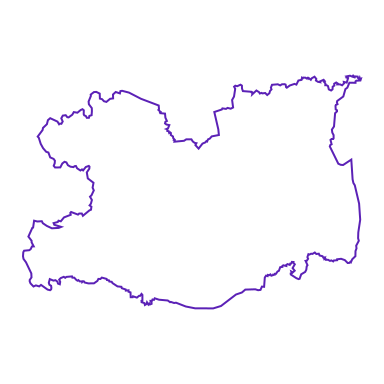 Nong Phai, Phetchabun, Thailand (Albers equal-area conic projection)
{"feature_id": "78962969B28403157938028", "entity_name": "Nong Phai", "entity_type": "district", "adm_level": 2, "iso_a3": "THA", "parent_name": "Thailand", "parent_adm1": "Phetchabun", "projection": "albers", "projection_center": [101.184, 16.029], "detail": "fine", "context": "isolated", "style": "outline", "palette": "violet", "viewbox_px": 384, "rotation_deg": 0, "n_neighbors": 0, "source": "geoboundaries", "source_scale": "gbopen_adm2", "svg_char_len": 5840}
<svg xmlns="http://www.w3.org/2000/svg" viewBox="0 0 384 384"><path d="M350.9,262.3L352.2,259.3L355.4,256.2L355.5,251.1L356.5,248.4L356.2,245.7L358.8,240.8L358.1,238.2L358.3,232.4L360.2,219.7L359.1,203.6L354.8,185.3L353.4,183.0L352.6,179.4L351.3,159.6L343.1,165.0L340.7,164.8L338.3,163.7L329.8,146.4L330.4,144.9L331.6,144.3L330.5,139.9L331.6,139.0L333.2,139.0L333.6,138.3L333.6,135.1L332.3,132.6L331.9,129.6L334.0,126.5L335.1,113.2L337.0,111.4L337.0,110.3L335.7,109.4L335.5,105.9L335.9,104.9L337.5,104.2L336.9,102.2L337.2,101.0L343.3,96.5L345.4,89.1L347.3,87.7L349.4,82.7L355.5,82.8L355.5,81.4L356.3,80.7L360.4,80.5L361.0,78.6L360.0,78.9L359.7,77.9L359.2,79.1L358.0,78.0L357.7,76.6L355.1,76.4L354.7,77.4L353.2,76.9L353.7,76.3L353.1,75.6L352.2,76.6L350.0,75.7L346.5,76.4L347.3,77.1L346.7,77.6L348.1,78.1L346.7,82.6L343.8,81.9L344.0,83.4L342.1,85.3L340.1,84.4L337.3,84.4L337.7,83.5L336.2,82.5L334.2,83.7L334.3,85.6L332.7,86.7L332.5,89.4L331.1,90.5L328.8,89.4L328.0,86.1L326.6,85.2L325.3,85.2L325.4,83.5L324.0,81.8L324.8,81.2L323.6,79.8L319.8,81.5L320.1,82.2L317.9,81.8L315.9,80.5L316.3,78.9L314.5,76.7L311.7,78.3L310.8,79.8L308.8,78.1L308.2,78.7L307.7,77.8L306.5,78.5L305.5,77.7L303.4,77.6L302.8,78.3L302.0,77.7L301.5,79.9L298.4,80.5L296.4,84.6L294.5,83.9L289.8,85.5L286.8,87.7L286.1,87.2L285.6,84.6L284.7,84.2L281.9,84.3L280.2,85.4L277.8,84.3L272.0,84.8L270.9,87.7L271.5,89.4L270.0,91.0L269.4,93.2L267.2,95.0L265.2,93.0L262.4,93.4L261.6,92.9L259.8,93.5L259.1,92.2L256.4,90.5L252.3,94.3L252.5,93.3L251.7,92.6L252.3,92.3L251.6,91.8L242.9,91.1L242.0,88.5L241.9,85.6L240.5,84.7L237.2,86.2L235.3,85.7L234.1,86.7L235.2,88.8L234.0,96.6L232.1,100.0L233.1,107.5L230.7,108.7L227.6,107.9L226.0,108.9L222.4,108.4L221.8,109.5L214.3,112.0L218.3,129.3L218.9,135.0L211.7,136.4L209.7,138.7L208.1,139.3L207.1,141.5L206.4,141.1L205.3,142.4L202.5,143.6L198.6,148.6L195.4,145.1L196.4,143.2L194.7,142.9L192.8,141.5L191.4,139.3L186.3,139.3L184.0,140.8L174.4,141.7L174.8,140.1L173.8,139.9L174.1,139.1L173.2,138.1L173.0,136.5L170.8,135.0L170.9,133.0L170.2,132.4L169.2,133.0L168.7,131.2L167.3,131.0L167.3,129.3L166.5,129.0L168.0,128.4L169.3,125.1L166.4,124.5L165.0,123.4L165.4,121.8L166.9,121.0L165.4,117.7L165.0,113.6L160.6,113.2L160.7,112.2L159.9,112.3L159.8,111.2L158.4,109.9L159.0,109.1L158.7,105.5L141.0,98.8L129.0,92.6L122.1,90.8L120.4,91.1L119.9,93.4L115.7,92.0L113.0,94.5L113.1,98.4L110.1,98.8L106.4,101.9L103.9,101.2L102.1,99.2L99.9,98.6L99.7,93.6L96.3,91.9L93.9,92.1L90.7,94.6L90.9,95.9L88.6,101.5L88.9,104.3L91.8,108.1L91.9,111.1L91.6,115.2L89.4,115.9L88.9,117.8L86.8,117.8L85.9,116.1L84.2,115.3L83.7,114.2L83.8,110.3L82.5,109.2L80.7,110.0L77.4,112.7L73.8,112.1L72.3,114.7L68.6,117.4L67.3,117.2L65.7,115.2L62.8,115.6L61.3,118.3L62.7,121.5L61.4,123.8L60.0,123.6L59.1,124.3L57.5,121.6L50.2,118.2L47.9,120.2L46.9,124.2L43.0,127.9L42.6,130.0L37.7,136.6L38.8,137.8L40.7,143.8L43.1,148.2L46.2,151.8L48.4,152.5L50.2,157.4L53.6,158.9L54.9,160.7L54.7,163.3L53.7,165.8L55.1,167.5L60.3,167.4L62.3,163.5L64.5,161.8L66.4,162.4L67.9,165.2L70.5,166.7L73.5,167.1L74.5,166.2L75.9,166.0L77.1,168.3L80.4,170.5L82.0,169.4L83.1,170.4L85.8,167.0L88.8,165.9L89.5,166.7L89.3,168.7L86.8,172.4L87.8,178.4L93.5,182.8L92.6,187.7L93.8,190.4L91.5,195.3L90.0,196.7L91.9,200.0L90.9,203.7L89.6,205.4L91.4,206.7L91.0,209.7L89.4,210.4L82.9,215.8L81.8,213.5L79.2,213.5L78.0,214.6L71.1,212.0L70.3,212.9L70.7,214.8L64.0,217.4L60.8,221.3L58.5,220.7L57.8,222.0L53.6,223.1L54.3,224.8L61.2,226.9L58.7,227.9L51.9,228.3L46.8,225.9L42.8,223.2L41.8,221.2L37.4,221.5L34.1,220.7L33.1,227.6L32.3,227.9L28.4,236.6L31.6,240.8L31.6,242.3L33.7,246.4L31.9,246.5L30.7,249.1L29.3,250.2L24.1,250.7L23.3,252.2L23.0,256.2L23.5,258.9L26.0,262.3L31.3,273.4L31.5,277.4L29.7,280.0L29.7,281.4L30.5,283.4L33.5,286.5L35.9,285.4L39.2,286.4L41.0,284.9L47.6,289.6L50.1,290.2L51.1,289.4L51.4,287.9L51.1,285.8L49.4,284.7L48.8,282.8L49.8,279.1L53.4,280.6L55.5,280.2L57.4,281.6L58.0,283.6L59.8,284.3L60.2,281.8L59.2,279.6L60.7,278.1L63.8,276.8L65.2,277.8L66.4,276.9L72.0,276.4L72.4,277.7L74.3,277.7L76.4,280.0L77.5,280.7L78.4,280.1L79.7,281.4L82.1,281.4L82.2,282.0L83.0,281.2L84.1,281.5L84.6,282.5L88.4,283.4L94.0,283.3L97.4,280.9L98.4,278.9L100.4,279.0L101.8,277.6L106.6,278.9L106.9,280.0L109.0,280.4L109.3,281.5L111.7,281.8L112.5,283.1L117.5,286.4L121.4,286.8L121.8,288.2L125.7,289.5L125.8,290.6L128.5,290.3L128.5,291.7L130.5,292.4L130.7,297.2L132.7,297.2L133.0,296.3L136.9,297.6L139.1,295.8L140.2,295.8L141.5,293.9L142.4,294.9L142.4,300.6L141.5,300.8L141.6,302.2L144.4,303.1L144.9,305.0L146.4,304.1L147.0,302.3L148.4,304.6L149.2,303.6L149.9,304.5L151.6,303.8L151.5,301.8L150.6,301.7L150.5,300.9L151.9,300.9L152.5,299.5L153.9,299.9L154.7,298.3L159.0,299.7L167.8,300.5L170.1,302.2L170.8,301.9L174.1,303.0L176.0,302.7L185.8,306.5L195.0,308.3L213.2,308.4L221.0,306.0L236.0,294.5L241.9,292.5L245.3,289.6L255.3,289.3L258.1,290.2L260.5,289.9L261.9,286.6L264.1,286.8L264.8,277.5L266.1,275.6L267.6,276.1L267.9,274.9L269.1,275.2L270.4,274.4L271.3,275.7L273.1,275.1L273.2,274.6L274.7,274.7L274.9,273.8L276.0,273.8L277.5,271.5L278.9,270.8L280.2,267.2L282.4,266.9L282.4,265.9L283.3,265.3L286.3,266.0L286.2,265.0L287.5,264.1L289.8,264.9L290.2,263.6L291.3,263.5L291.9,261.9L293.4,262.0L293.2,262.6L294.8,264.3L292.6,268.1L294.7,270.7L292.9,272.3L291.3,271.5L291.8,273.1L290.7,273.5L290.8,274.5L296.4,278.2L298.6,279.1L299.6,278.8L301.2,274.3L305.2,271.9L306.3,269.7L306.7,266.4L307.5,265.2L305.6,260.9L306.7,260.8L308.1,258.8L307.4,257.1L308.4,254.2L309.3,254.6L311.1,253.7L312.5,253.9L314.8,252.5L316.3,254.0L318.8,253.7L319.6,255.5L322.5,256.2L323.4,257.7L324.2,257.5L324.3,258.7L324.9,258.2L324.7,259.2L325.7,259.1L325.9,259.8L328.1,259.8L330.0,260.9L331.3,260.4L333.2,261.4L333.8,260.5L337.1,260.2L337.1,259.3L341.1,258.8L344.8,260.1L347.7,263.0L349.3,262.9L350.4,261.8L350.9,262.3Z" fill="none" stroke="#5b21b6" stroke-width="2"/></svg>